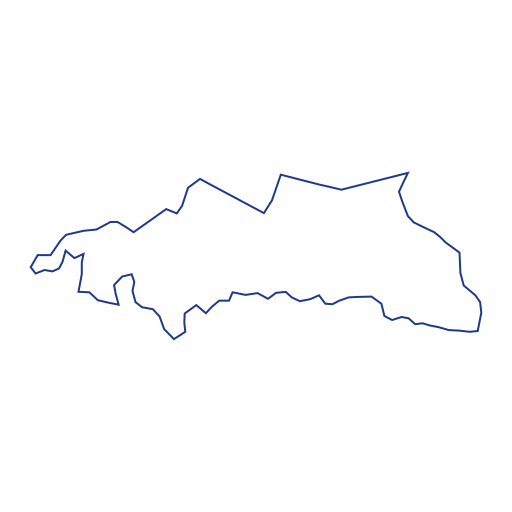 Nova Santa Bárbara, Paraná, Brazil (Robinson projection)
{"feature_id": "56859067B73419127296290", "entity_name": "Nova Santa Bárbara", "entity_type": "district", "adm_level": 2, "iso_a3": "BRA", "parent_name": "Brazil", "parent_adm1": "Paraná", "projection": "robinson", "projection_center": [-50.754, -23.594], "detail": "fine", "context": "isolated", "style": "outline", "palette": "blue", "viewbox_px": 512, "rotation_deg": 0, "n_neighbors": 0, "source": "geoboundaries", "source_scale": "gbopen_adm2", "svg_char_len": 1355}
<svg xmlns="http://www.w3.org/2000/svg" viewBox="0 0 512 512"><path d="M477.7,331.0L481.3,312.7L480.1,302.1L475.4,295.3L463.7,285.5L460.4,273.0L459.5,252.6L445.7,242.5L440.2,237.0L434.2,232.2L421.5,226.2L413.8,222.4L407.9,216.1L402.3,201.6L399.0,191.7L402.7,183.7L407.9,172.9L341.4,189.7L332.2,187.5L318.6,184.4L280.8,174.7L272.0,200.3L263.9,213.1L207.3,182.9L200.0,178.9L188.0,187.8L182.1,205.8L176.8,213.4L166.2,209.1L133.6,232.2L126.6,227.5L117.4,221.9L110.4,222.0L96.5,229.5L83.5,230.8L66.1,234.8L60.5,240.6L50.6,255.1L37.7,255.1L30.7,267.2L35.6,273.5L44.6,270.0L52.5,271.4L59.1,268.4L62.6,261.6L65.6,250.6L74.4,258.1L83.5,253.9L81.8,262.4L81.8,274.0L78.5,291.8L89.4,292.3L97.8,300.2L108.1,302.6L118.6,304.7L115.6,293.6L114.1,285.0L122.2,276.5L131.7,274.3L134.3,282.0L132.5,290.9L135.5,302.1L142.0,307.2L152.9,309.2L159.6,316.5L164.1,329.0L173.9,339.1L185.3,331.8L184.3,322.5L184.7,313.5L196.3,305.1L205.9,313.2L211.9,306.7L219.2,300.7L229.0,300.7L232.6,292.3L245.6,294.9L257.6,293.1L268.0,298.8L276.1,292.8L285.8,291.9L291.8,297.4L299.9,301.2L310.4,299.1L319.0,295.3L325.3,303.7L332.5,304.2L339.2,300.7L348.6,297.4L358.4,296.9L371.5,296.6L381.4,303.7L384.4,316.0L392.1,320.0L401.6,317.0L408.6,318.3L415.2,324.2L422.6,323.3L429.9,325.5L438.4,327.1L448.9,330.1L459.2,330.6L469.5,331.8L477.7,331.0Z" fill="none" stroke="#1e3a8a" stroke-width="2"/></svg>